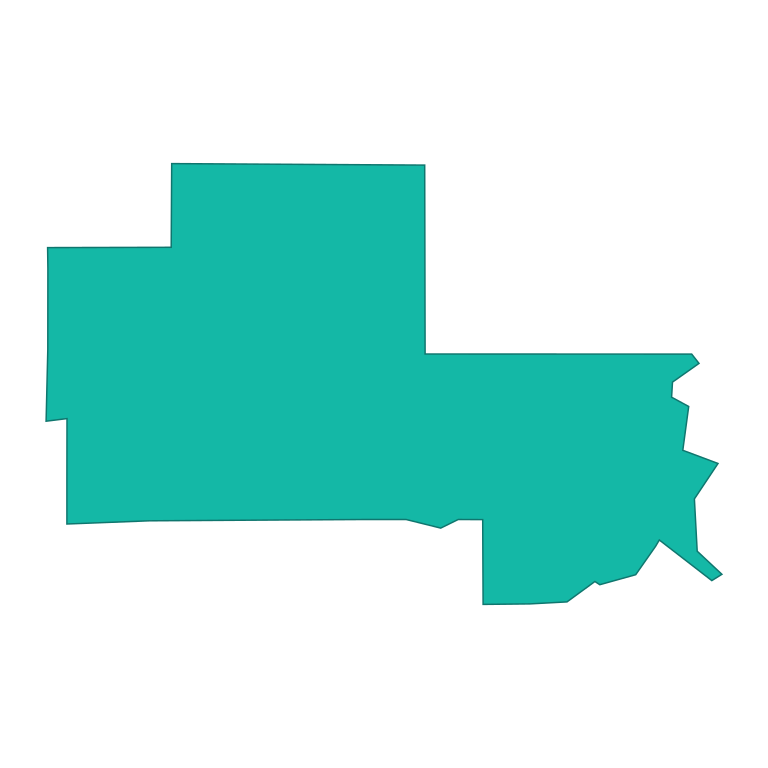 Clay, Mississippi, United States of America (Mercator projection)
{"feature_id": "52423323B83760027582767", "entity_name": "Clay", "entity_type": "district", "adm_level": 2, "iso_a3": "USA", "parent_name": "United States of America", "parent_adm1": "Mississippi", "projection": "mercator", "projection_center": [-88.697, 33.659], "detail": "fine", "context": "isolated", "style": "filled", "palette": "teal", "viewbox_px": 768, "rotation_deg": 0, "n_neighbors": 0, "source": "geoboundaries", "source_scale": "gbopen_adm2", "svg_char_len": 569}
<svg xmlns="http://www.w3.org/2000/svg" viewBox="0 0 768 768"><path d="M483.1,604.4L529.8,603.9L567.0,601.9L594.9,581.5L599.8,584.7L635.7,574.7L655.6,546.3L659.3,540.0L711.8,580.6L721.9,574.3L697.2,551.2L694.4,498.9L718.0,463.5L682.8,450.3L688.7,406.5L671.6,397.2L672.5,382.1L699.0,363.4L691.7,354.1L425.1,354.0L424.7,165.1L171.7,163.6L171.2,247.3L47.6,247.6L47.9,268.8L47.8,349.4L46.1,421.2L67.0,418.6L66.9,479.5L66.9,524.0L149.3,520.8L364.1,519.5L406.1,519.5L440.7,528.1L458.2,519.5L482.7,519.6L483.1,604.4Z" fill="#14b8a6" stroke="#0f766e" stroke-width="1.5"/></svg>